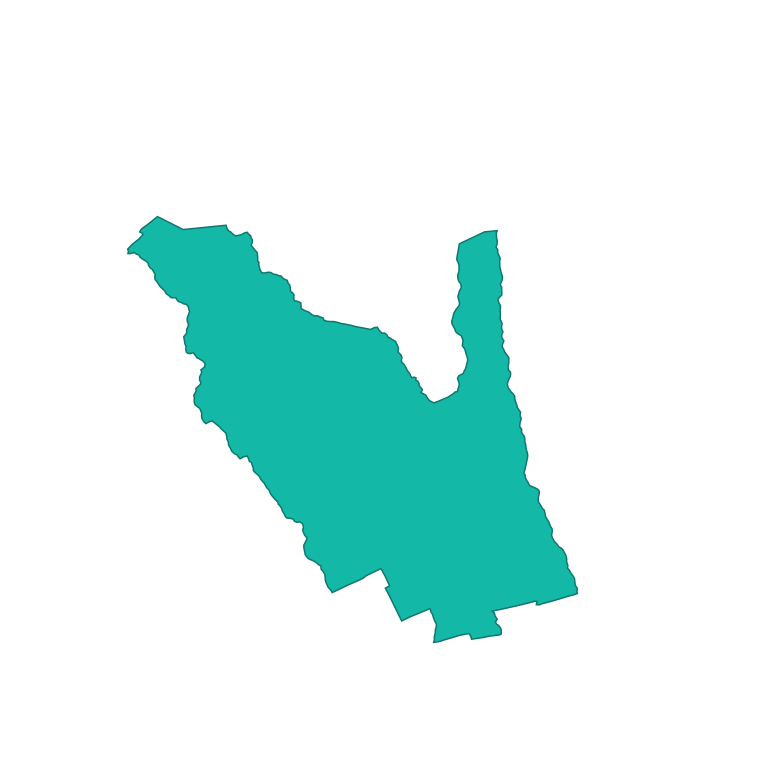 the district of Githunguri, Central, Kenya, rotated 42°
{"feature_id": "3690345B4833769757076", "entity_name": "Githunguri", "entity_type": "district", "adm_level": 2, "iso_a3": "KEN", "parent_name": "Kenya", "parent_adm1": "Central", "projection": "albers", "projection_center": [36.787, -1.05], "detail": "fine", "context": "isolated", "style": "filled", "palette": "teal", "viewbox_px": 768, "rotation_deg": 42, "n_neighbors": 0, "source": "geoboundaries", "source_scale": "gbopen_adm2", "svg_char_len": 6170}
<svg xmlns="http://www.w3.org/2000/svg" viewBox="0 0 768 768"><g transform="rotate(42 384 384)"><path d="M356.9,203.7L346.2,229.4L351.0,237.0L352.7,239.9L354.7,242.8L357.4,244.0L360.3,245.5L364.3,250.1L366.0,253.9L368.3,256.1L371.0,257.7L374.4,258.4L376.9,260.6L377.8,264.3L380.4,269.7L385.9,273.2L387.3,275.3L387.8,281.3L388.5,284.6L391.0,289.2L392.3,292.1L394.5,293.9L400.1,295.9L402.1,297.1L404.3,297.3L409.3,296.5L413.7,298.8L415.2,301.1L416.8,303.3L419.7,303.7L421.5,304.5L423.9,306.1L429.3,309.3L430.9,311.3L432.0,313.7L433.3,315.7L434.4,318.3L435.1,321.4L435.9,323.5L434.7,326.1L434.1,328.1L434.8,330.6L439.8,333.4L441.1,335.4L442.3,338.2L443.7,340.4L442.2,342.3L441.9,345.1L440.3,351.1L435.7,360.9L433.7,364.6L431.7,365.2L428.8,365.9L425.3,365.3L422.5,364.2L417.2,365.7L416.4,362.5L414.0,362.0L411.3,361.8L409.6,360.1L407.1,359.3L405.2,359.9L403.5,358.0L401.6,358.9L400.6,360.7L398.7,360.3L396.1,359.0L392.4,358.4L389.4,357.1L385.5,356.0L382.5,356.0L381.0,354.7L379.5,352.2L377.0,351.0L372.9,350.8L371.2,348.1L369.5,346.9L364.1,344.7L360.7,345.4L357.7,345.7L355.5,346.5L353.0,345.5L350.4,345.7L348.5,347.6L344.4,347.3L341.2,346.3L339.4,348.0L337.4,352.6L334.8,354.0L324.8,360.2L320.8,362.1L316.5,364.7L314.5,365.8L312.0,367.5L308.7,369.1L305.0,371.1L302.8,373.1L299.6,375.6L296.8,376.8L294.4,375.6L291.7,376.9L288.7,377.8L286.9,379.8L284.2,380.7L280.0,380.9L276.4,382.3L272.0,383.4L268.0,379.4L265.8,379.9L263.8,380.7L262.0,382.0L259.7,381.1L257.7,378.1L255.2,377.4L252.6,377.7L249.9,375.1L247.5,373.4L245.1,373.2L242.8,371.7L240.3,372.6L237.7,373.0L235.2,372.6L233.3,373.9L230.6,374.8L228.7,376.2L224.9,377.0L222.5,379.2L220.8,381.6L218.7,383.2L215.3,381.9L211.2,379.3L209.8,377.4L207.4,376.9L205.8,374.7L201.7,371.1L198.8,370.9L192.4,369.8L191.5,367.2L189.7,365.0L187.6,364.3L185.5,363.0L183.0,363.3L181.0,362.7L179.5,364.4L178.1,368.4L174.8,373.2L171.6,373.7L168.1,373.6L166.2,374.2L163.1,373.4L160.4,371.7L131.4,403.6L103.6,411.2L101.6,423.7L100.4,429.3L100.1,432.2L100.8,434.5L102.8,433.7L104.8,434.1L104.9,440.1L103.4,449.0L103.3,455.3L105.4,456.5L106.4,458.4L108.0,457.1L110.6,453.4L113.1,453.2L115.4,452.1L117.5,452.9L120.1,452.9L125.2,451.9L127.8,452.0L129.8,453.4L132.5,454.1L135.3,453.9L140.8,455.8L142.1,458.0L144.2,459.7L147.2,460.0L151.4,461.2L153.4,461.4L159.1,461.6L161.6,462.6L164.9,462.2L167.7,462.4L169.8,460.9L171.6,459.2L173.5,459.9L176.0,460.3L178.7,459.0L181.3,458.6L183.8,457.1L186.5,457.4L191.0,460.3L192.2,462.9L193.0,465.5L194.6,467.8L196.4,469.4L198.6,470.3L200.0,472.7L201.2,476.1L203.3,478.1L203.5,482.8L209.2,487.4L211.6,488.4L213.7,491.1L215.7,492.5L217.8,492.4L219.6,491.1L221.1,488.5L224.8,488.9L227.6,489.7L229.6,489.0L234.3,488.1L237.3,488.6L239.3,491.2L238.9,493.8L238.5,496.1L240.3,496.9L241.3,498.6L242.2,502.1L244.3,504.5L246.7,505.4L247.8,507.1L247.2,513.1L248.9,514.7L249.6,516.9L250.2,519.7L252.5,521.4L253.9,523.2L255.4,524.7L257.6,525.8L260.6,525.7L263.2,525.4L265.3,526.3L267.9,527.6L270.1,530.1L272.2,531.7L275.0,532.5L278.1,532.7L279.7,528.4L280.9,526.6L284.6,526.2L288.7,526.0L290.8,526.0L292.9,526.3L299.6,526.3L302.0,528.1L304.1,530.0L307.0,531.2L309.5,533.5L312.5,534.4L315.8,535.8L319.5,535.9L322.3,535.0L324.3,535.6L327.1,535.9L328.7,531.4L330.7,529.1L333.8,530.3L335.6,531.6L337.9,531.0L340.9,532.8L343.3,534.0L344.9,535.8L347.9,536.1L350.7,535.9L353.4,536.2L356.2,537.3L361.4,537.9L366.5,539.6L369.8,539.8L372.6,541.3L375.5,542.1L382.3,542.8L384.2,542.8L385.8,544.1L388.5,544.2L391.0,544.9L393.7,546.5L396.7,547.3L399.2,548.4L401.2,548.7L404.9,546.2L406.9,545.2L409.3,545.9L411.9,545.0L413.7,542.8L416.4,542.3L418.4,543.1L420.0,544.4L421.1,546.8L423.3,548.2L426.3,549.5L430.2,550.1L432.4,557.7L434.9,560.0L437.7,562.0L439.5,563.4L442.0,564.1L444.5,564.4L447.9,563.4L450.2,562.6L453.2,562.0L456.5,562.1L458.7,561.3L461.2,563.7L464.2,564.1L467.3,565.0L469.8,567.1L471.4,568.9L473.3,570.1L478.4,572.4L483.1,572.9L485.1,573.7L491.7,557.6L497.5,544.8L498.3,542.6L499.0,538.5L505.3,523.2L513.5,526.1L523.2,530.2L521.6,534.8L529.4,537.7L555.7,548.3L559.5,539.0L568.5,520.1L571.2,521.9L574.6,522.9L576.8,524.4L578.6,525.3L580.4,526.2L582.3,526.8L584.2,527.9L585.4,529.7L586.5,532.1L588.1,534.0L589.5,536.2L590.5,538.2L592.6,540.4L593.8,542.8L597.4,538.5L600.2,533.6L608.5,520.0L610.5,517.4L611.9,515.2L614.4,512.6L617.6,513.5L619.8,515.1L627.7,505.6L631.0,500.9L637.7,493.3L638.4,491.4L636.0,488.6L634.3,487.5L630.5,486.7L628.2,487.2L625.9,486.0L625.5,483.0L621.8,482.1L619.3,480.3L616.4,480.4L622.5,472.1L631.3,459.7L640.2,446.6L641.6,444.3L643.3,443.1L644.9,446.1L647.3,444.0L648.5,441.5L654.8,431.9L663.6,417.3L666.1,413.7L667.9,410.3L666.0,408.8L664.3,406.4L660.8,405.7L659.3,404.2L657.8,403.0L655.9,401.2L652.8,400.1L649.1,399.5L646.9,398.5L643.4,398.0L642.2,395.9L638.4,393.7L636.9,391.8L633.9,389.7L627.7,387.4L625.2,387.4L622.7,388.0L620.1,387.3L615.7,386.9L612.4,385.8L609.8,384.3L607.3,380.4L605.5,379.0L603.1,378.5L599.1,376.3L593.2,374.6L591.3,373.4L589.8,372.1L587.4,370.5L585.0,370.5L579.9,368.8L577.6,368.3L576.0,366.7L574.6,365.1L573.1,362.3L571.5,360.0L569.6,359.3L567.6,359.6L564.8,360.4L562.8,361.2L559.9,362.0L557.0,360.8L554.4,360.1L551.5,358.9L549.9,357.2L547.5,356.7L546.2,353.6L539.8,342.5L538.4,340.7L535.8,338.7L533.3,337.4L531.6,335.8L529.5,334.0L527.3,332.7L525.7,330.8L523.2,328.9L521.0,328.6L518.6,327.9L516.5,325.5L513.3,324.9L510.6,321.1L509.9,319.1L508.5,317.4L506.3,316.6L504.4,313.6L499.1,312.3L496.3,310.5L493.3,308.9L490.5,307.0L489.2,305.5L486.2,304.9L483.6,304.8L478.4,303.5L475.9,301.7L474.7,299.8L473.8,297.5L472.7,293.7L471.5,292.0L470.0,290.5L467.2,290.3L465.2,288.8L463.7,286.9L462.7,284.9L459.2,280.9L452.0,279.3L449.9,278.2L447.0,277.3L445.4,275.1L444.4,271.8L441.8,271.1L439.5,270.1L438.2,267.7L437.5,265.6L434.8,264.6L432.7,262.4L431.6,260.2L429.5,259.1L427.2,258.3L423.5,253.9L421.1,251.7L419.5,249.4L418.1,247.8L414.0,246.3L411.8,244.6L412.0,238.9L409.5,236.4L406.6,233.2L404.2,232.6L403.2,230.7L402.2,227.4L400.4,225.1L397.1,223.2L392.8,220.2L391.2,219.0L387.7,215.2L386.4,212.9L380.7,210.4L378.7,208.1L375.6,207.3L374.7,204.8L373.3,203.0L371.9,201.5L369.7,200.0L366.3,196.4L365.5,194.3L356.9,203.7Z" fill="#14b8a6" stroke="#0f766e" stroke-width="1.5"/></g></svg>